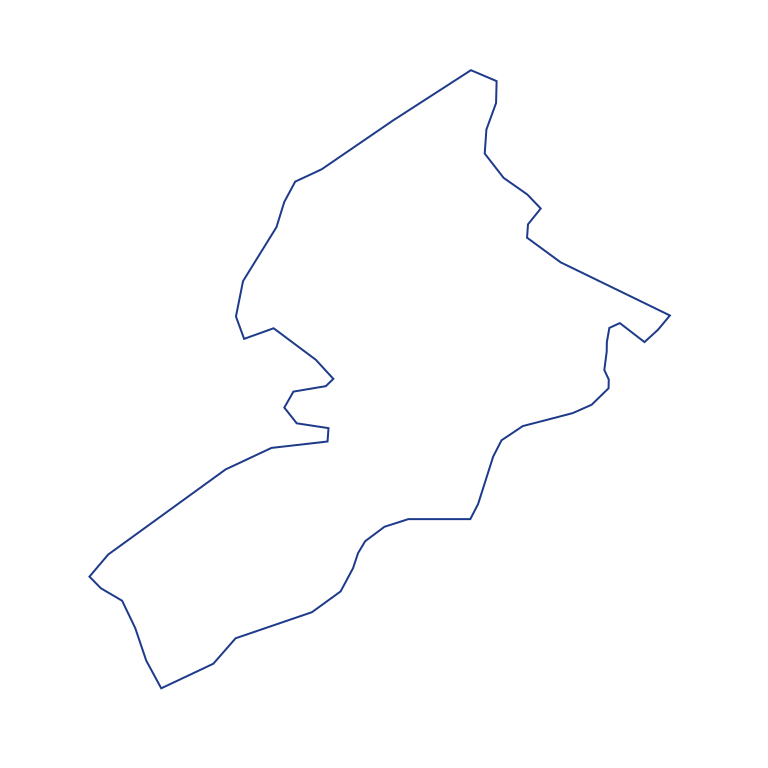 an SVG outline of Mangrove Cay, rotated 184°
{"feature_id": "BHS-5021", "entity_name": "Mangrove Cay", "entity_type": "District", "adm_level": 1, "iso_a3": "BHS", "parent_name": "The Bahamas", "parent_adm1": "", "projection": "albers", "projection_center": [-77.793, 24.142], "detail": "fine", "context": "isolated", "style": "outline", "palette": "blue", "viewbox_px": 768, "rotation_deg": 184, "n_neighbors": 0, "source": "natural_earth", "source_scale": "10m", "svg_char_len": 931}
<svg xmlns="http://www.w3.org/2000/svg" viewBox="0 0 768 768"><g transform="rotate(184 384 384)"><path d="M319.2,703.1L292.8,694.0L291.8,672.1L299.6,645.0L299.6,620.9L279.1,598.0L254.2,583.0L239.9,570.0L251.5,553.3L251.5,539.9L216.3,517.7L103.6,472.3L114.4,457.3L127.1,444.0L153.0,461.2L163.1,455.7L164.6,441.3L164.1,431.8L165.2,413.3L160.1,404.2L159.7,395.4L175.4,377.8L193.8,368.1L242.6,351.7L262.8,336.1L270.0,319.3L281.8,270.7L288.5,255.2L350.3,250.9L373.6,241.6L391.8,225.9L398.1,213.5L402.0,198.2L412.8,174.1L439.9,151.4L514.3,120.0L534.7,93.1L585.0,64.9L601.9,91.5L615.1,123.1L630.1,149.5L652.2,160.5L664.4,171.3L647.2,194.7L536.0,287.8L491.8,312.4L436.3,322.7L436.3,336.1L468.3,338.7L481.8,353.5L473.8,370.1L441.9,377.8L434.9,385.6L453.7,403.4L498.0,431.9L526.7,419.3L536.4,441.0L531.8,476.8L502.2,533.0L496.2,558.6L486.7,579.7L461.1,593.9L393.3,647.6L319.2,703.1Z" fill="none" stroke="#1e3a8a" stroke-width="2"/></g></svg>